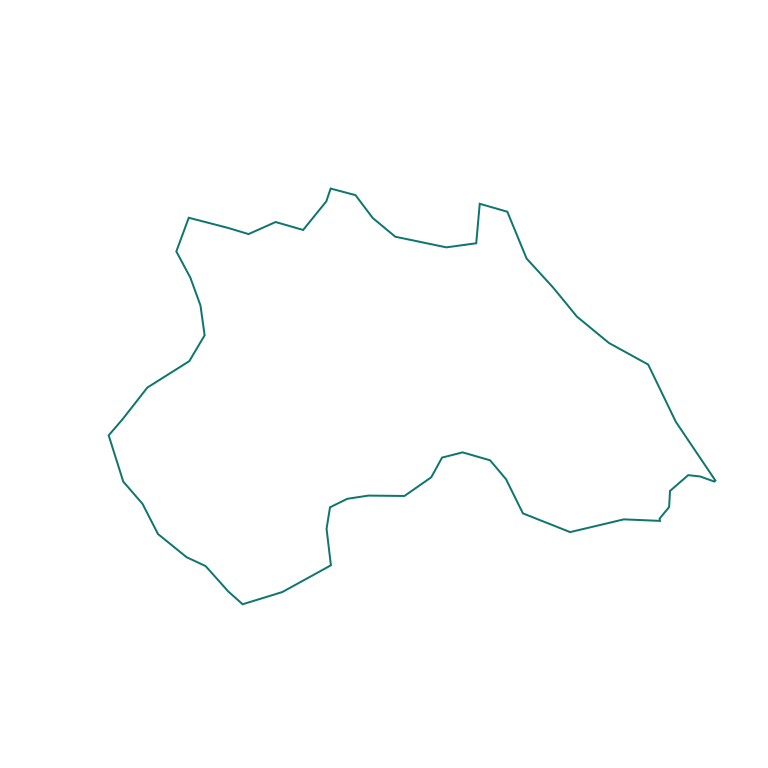 Töreboda, Västra Götaland, Sweden (Mercator projection), rotated 70°
{"feature_id": "70781695B31041938637991", "entity_name": "Töreboda", "entity_type": "district", "adm_level": 2, "iso_a3": "SWE", "parent_name": "Sweden", "parent_adm1": "Västra Götaland", "projection": "mercator", "projection_center": [14.213, 58.696], "detail": "fine", "context": "isolated", "style": "outline", "palette": "teal", "viewbox_px": 768, "rotation_deg": 70, "n_neighbors": 0, "source": "geoboundaries", "source_scale": "gbopen_adm2", "svg_char_len": 909}
<svg xmlns="http://www.w3.org/2000/svg" viewBox="0 0 768 768"><g transform="rotate(70 384 384)"><path d="M607.0,171.5L604.7,171.0L597.2,158.2L582.3,151.8L573.7,129.3L579.0,118.6L588.7,106.9L588.1,105.6L519.4,122.7L456.1,129.1L422.4,158.6L386.6,179.7L368.5,186.0L350.7,192.3L314.9,207.1L264.3,209.2L247.4,232.4L283.3,249.2L276.9,278.7L249.5,323.0L224.2,337.8L196.8,346.2L182.1,367.3L192.6,375.7L211.6,407.3L194.7,430.5L196.8,460.0L184.2,476.9L161.0,510.6L188.4,533.8L189.8,533.6L217.9,529.6L247.4,529.6L276.9,535.9L295.9,559.1L306.4,607.6L327.5,641.4L338.1,660.3L386.6,662.4L387.1,662.2L414.0,651.9L447.7,647.7L479.3,628.7L494.1,613.9L525.7,601.3L542.6,592.2L544.7,550.7L536.2,495.9L500.4,487.5L481.4,476.9L479.3,457.9L483.5,436.9L496.2,403.1L487.8,371.5L473.0,354.6L475.1,333.6L492.0,310.4L515.2,301.9L553.1,297.7L586.8,259.8L593.2,205.0L607.0,171.5Z" fill="none" stroke="#0f766e" stroke-width="2"/></g></svg>